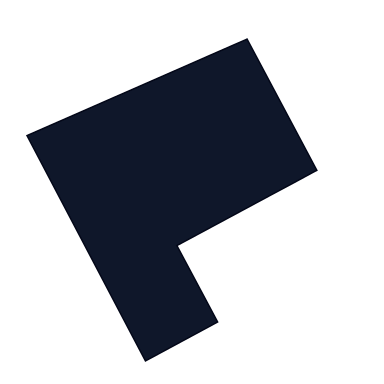 Gastre, Chubut, Argentina (Natural Earth projection), rotated 62°
{"feature_id": "61730980B58028591073526", "entity_name": "Gastre", "entity_type": "district", "adm_level": 2, "iso_a3": "ARG", "parent_name": "Argentina", "parent_adm1": "Chubut", "projection": "natural_earth1", "projection_center": [-68.969, -42.669], "detail": "fine", "context": "isolated", "style": "filled", "palette": "ink", "viewbox_px": 384, "rotation_deg": 62, "n_neighbors": 0, "source": "geoboundaries", "source_scale": "gbopen_adm2", "svg_char_len": 410}
<svg xmlns="http://www.w3.org/2000/svg" viewBox="0 0 384 384"><g transform="rotate(62 192 192)"><path d="M319.3,312.4L318.8,230.4L232.2,230.5L231.7,126.2L231.6,93.7L231.4,72.6L231.5,72.6L231.5,71.6L96.0,71.6L93.5,71.6L88.3,71.6L87.0,71.6L82.8,71.6L82.8,72.8L81.8,85.3L79.8,111.6L76.9,150.2L72.0,215.0L71.4,223.1L71.3,224.4L64.7,311.2L319.3,312.4Z" fill="#0f172a" stroke="#020617" stroke-width="1.5"/></g></svg>